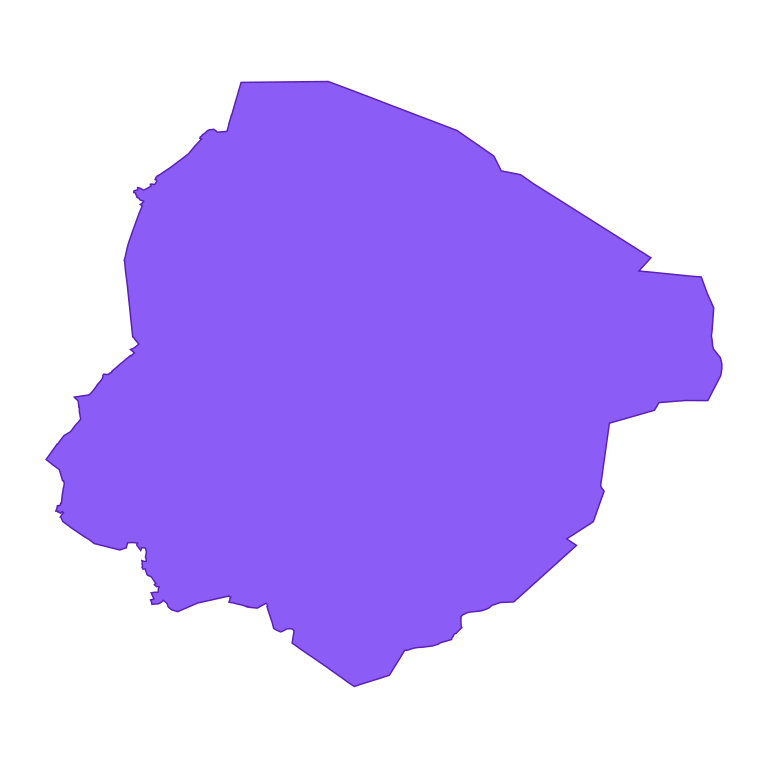 Winterswijk, Gelderland, Netherlands (Robinson projection)
{"feature_id": "6326949B79169073187594", "entity_name": "Winterswijk", "entity_type": "district", "adm_level": 2, "iso_a3": "NLD", "parent_name": "Netherlands", "parent_adm1": "Gelderland", "projection": "robinson", "projection_center": [6.688, 51.968], "detail": "fine", "context": "isolated", "style": "filled", "palette": "violet", "viewbox_px": 768, "rotation_deg": 0, "n_neighbors": 0, "source": "geoboundaries", "source_scale": "gbopen_adm2", "svg_char_len": 5886}
<svg xmlns="http://www.w3.org/2000/svg" viewBox="0 0 768 768"><path d="M177.6,611.7L197.7,603.0L213.1,599.6L228.6,596.1L229.1,596.0L229.2,596.3L230.3,596.9L230.8,597.1L230.3,597.8L230.0,598.4L230.0,599.3L229.1,601.6L229.1,602.3L230.9,602.6L233.1,602.8L236.5,603.8L241.8,605.0L243.3,605.6L244.0,605.5L244.6,605.9L244.8,606.0L245.1,606.0L245.7,606.3L246.3,606.2L246.8,606.5L246.9,607.0L247.0,607.1L247.4,606.9L247.7,606.5L248.0,606.5L248.2,607.0L248.6,607.1L248.9,607.3L257.3,608.1L266.0,603.3L267.0,604.2L267.6,606.3L267.0,606.7L269.1,613.4L272.1,622.2L273.7,628.5L277.3,630.5L280.8,631.9L282.6,631.1L285.5,629.7L286.2,629.1L288.2,628.7L289.0,628.8L290.5,628.7L291.8,628.9L292.5,629.2L293.1,629.8L294.0,630.4L293.5,634.5L292.1,643.1L294.9,645.0L299.7,648.5L309.5,655.3L313.5,657.9L319.6,662.2L328.0,667.9L329.3,669.0L340.3,676.7L347.2,681.7L354.3,686.5L361.3,684.1L382.4,677.5L386.0,676.3L389.1,675.4L389.3,675.3L389.5,675.0L398.2,661.0L404.7,650.3L406.8,650.3L409.1,649.7L411.9,648.7L413.8,648.2L415.8,647.8L418.7,647.4L422.1,647.3L429.0,646.4L432.6,645.9L438.8,644.0L439.3,643.2L442.4,642.2L451.6,639.5L452.0,637.7L453.2,636.4L454.2,634.0L456.2,633.3L459.8,629.5L461.9,627.7L461.1,625.9L460.9,619.8L460.7,619.4L461.2,618.1L460.7,616.9L462.7,614.9L467.0,612.8L470.3,612.0L478.9,611.2L482.1,610.6L486.0,609.3L488.7,608.1L492.1,605.3L500.4,602.5L513.8,601.9L576.5,545.4L566.7,538.9L593.3,521.7L599.7,503.5L604.1,491.2L601.4,487.5L600.7,485.2L609.4,423.2L654.5,410.2L659.0,402.6L685.3,400.5L707.8,400.6L720.7,375.7L721.1,373.7L721.9,368.3L721.8,363.5L720.3,357.6L713.4,348.9L712.7,346.2L712.0,339.2L711.5,336.6L711.3,336.2L711.8,332.9L712.2,329.3L713.5,310.7L713.7,307.8L707.0,292.8L701.3,277.0L687.8,275.9L651.6,272.2L638.9,271.0L650.9,257.8L576.1,210.6L557.8,199.0L534.2,184.2L520.6,174.7L501.3,170.9L493.9,156.1L457.0,130.5L389.8,104.9L357.3,92.4L328.2,81.5L241.1,82.4L238.4,91.8L238.4,91.7L238.2,92.1L238.1,92.6L237.8,94.1L235.7,100.9L231.6,115.2L231.4,115.1L231.1,116.2L228.8,124.1L228.8,124.3L228.3,126.7L227.1,130.9L226.9,131.4L217.3,132.2L215.7,130.6L213.7,129.3L213.2,129.3L212.1,129.6L210.8,129.6L210.4,129.8L209.1,129.9L208.5,130.2L207.8,130.6L207.5,130.6L205.5,132.7L204.8,133.2L204.5,133.3L204.1,133.7L202.4,134.8L202.2,135.1L201.8,135.8L201.5,136.1L200.4,136.8L199.8,138.2L200.0,138.4L201.5,139.0L195.2,145.7L191.4,150.3L188.7,153.6L182.9,158.1L170.0,167.8L158.0,175.8L157.9,175.6L157.6,175.8L156.1,177.2L155.1,179.6L155.7,179.9L156.2,179.9L156.5,180.1L156.7,181.3L156.7,181.6L155.9,182.6L155.0,184.1L154.7,184.5L153.6,184.3L152.6,184.2L150.8,184.1L150.4,184.2L150.3,184.7L150.3,184.8L150.8,185.3L150.9,185.6L150.9,186.1L150.6,186.4L149.5,187.1L145.8,189.1L143.7,190.1L142.7,189.8L140.9,188.5L138.3,187.6L137.8,187.6L137.6,187.6L137.6,188.0L137.9,188.9L137.9,189.1L137.2,189.9L135.7,190.3L135.4,190.5L134.8,190.5L134.2,190.7L133.8,191.7L133.7,192.4L133.8,192.6L135.5,193.0L135.8,194.1L135.9,194.5L136.0,195.0L136.5,195.5L136.6,195.8L137.1,197.4L138.7,198.0L139.5,199.3L140.0,199.9L140.6,200.2L141.3,200.4L143.6,201.1L143.7,201.3L143.7,201.6L143.4,202.1L142.7,202.5L142.6,202.8L140.3,204.5L142.3,205.7L140.3,210.4L138.3,215.5L137.7,217.4L136.8,219.5L136.7,219.9L135.8,222.4L133.0,230.1L129.0,241.5L127.9,245.2L127.1,248.2L125.4,256.1L124.3,260.2L124.5,260.2L125.6,272.0L127.1,283.4L130.2,312.8L130.5,316.0L132.7,336.9L132.8,337.0L133.2,336.9L134.2,338.2L135.6,340.3L135.7,340.2L135.9,340.4L138.7,344.0L138.9,344.1L136.6,346.0L135.3,346.9L135.1,347.2L133.3,348.4L132.6,348.8L131.3,349.1L130.9,349.3L130.5,349.6L134.1,352.6L134.4,352.9L130.8,356.0L130.4,355.6L126.0,359.2L122.9,361.9L120.9,363.4L117.5,366.4L117.6,366.5L112.1,371.0L111.9,371.3L112.1,371.7L110.4,373.1L110.1,372.9L108.2,374.5L108.0,374.4L106.9,374.5L103.8,374.1L103.5,374.4L103.0,375.5L102.9,375.8L102.9,376.4L102.9,376.9L102.2,378.6L101.4,380.0L100.9,380.6L97.2,384.8L96.7,385.6L96.1,386.7L92.0,392.0L90.7,393.4L90.4,393.7L89.3,394.5L88.3,395.0L87.8,395.1L74.3,397.1L75.3,398.3L76.6,399.4L77.3,400.0L77.8,400.7L78.1,401.2L78.3,402.2L78.6,404.6L78.7,405.7L78.8,407.2L79.3,407.3L79.4,412.4L79.9,414.3L80.1,416.5L80.6,418.2L80.6,418.8L79.6,420.7L75.8,424.7L73.8,427.4L70.9,431.2L70.1,431.9L69.4,432.4L64.6,435.2L64.0,435.6L63.9,435.8L61.1,439.3L57.5,444.4L57.1,444.1L46.1,459.5L53.6,465.4L59.3,469.6L62.1,479.1L62.3,480.2L63.1,481.0L63.5,480.8L64.0,482.2L64.1,482.6L64.2,483.1L64.2,484.2L63.6,487.4L63.4,487.7L63.2,488.6L63.1,489.7L62.8,492.1L62.4,493.8L61.4,503.1L60.6,503.2L60.4,505.3L57.5,505.7L57.3,505.9L58.0,506.4L57.1,507.2L56.9,508.4L55.8,511.1L58.3,511.3L57.9,511.9L60.7,513.2L62.3,511.5L63.3,512.7L63.4,512.9L63.2,512.9L60.4,516.8L60.7,516.8L62.9,521.6L69.2,526.2L69.3,526.4L72.5,528.7L74.6,530.1L78.7,532.9L84.6,536.9L85.1,537.1L89.3,539.7L94.1,543.5L104.7,546.2L105.4,546.5L105.9,546.5L119.8,550.0L125.7,547.9L126.2,547.9L127.6,542.8L130.9,542.6L133.1,542.6L134.8,542.7L137.6,543.2L136.9,544.3L136.8,544.8L136.8,545.1L137.0,545.4L140.7,550.4L141.6,547.7L145.3,547.9L145.4,548.0L145.5,548.3L145.6,549.1L146.3,551.5L146.3,551.8L146.1,553.9L145.4,557.2L145.7,557.7L145.9,558.1L146.2,559.1L146.2,561.4L144.4,561.4L141.9,560.6L142.2,562.1L142.1,564.1L142.4,565.8L142.4,566.3L142.1,567.7L142.7,568.3L142.9,568.7L142.9,569.0L145.2,568.9L145.4,570.0L146.2,572.0L146.6,573.5L146.9,574.3L147.1,574.7L147.5,575.2L148.3,575.6L150.7,576.4L150.9,576.6L151.8,577.6L153.9,580.5L155.9,583.7L154.4,584.4L154.3,584.6L154.5,584.8L156.5,586.7L158.2,586.6L159.0,586.6L159.0,586.8L158.4,588.7L158.3,589.7L158.1,592.2L158.2,592.4L158.4,592.5L157.6,592.4L156.8,592.3L156.0,592.2L154.5,592.3L151.2,592.8L152.5,595.8L154.0,598.9L152.1,599.5L150.6,599.8L151.0,600.8L151.3,601.5L151.8,603.6L152.0,604.4L154.0,604.1L158.4,603.8L160.1,603.0L162.2,601.6L163.2,600.3L164.2,601.0L167.1,603.6L167.9,606.2L168.5,607.2L169.1,607.7L171.2,609.5L172.2,610.0L176.1,611.1L177.6,611.7Z" fill="#8b5cf6" stroke="#5b21b6" stroke-width="1.5"/></svg>